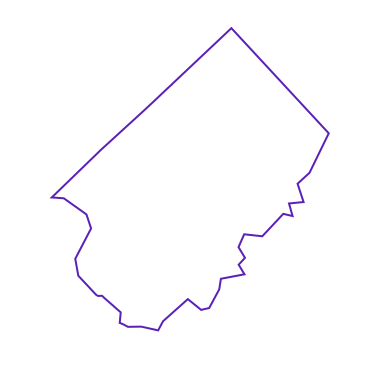 the district of Yadkin, North Carolina, United States of America, rotated 135°
{"feature_id": "52423323B7501124425209", "entity_name": "Yadkin", "entity_type": "district", "adm_level": 2, "iso_a3": "USA", "parent_name": "United States of America", "parent_adm1": "North Carolina", "projection": "natural_earth1", "projection_center": [-80.603, 36.167], "detail": "fine", "context": "isolated", "style": "outline", "palette": "violet", "viewbox_px": 384, "rotation_deg": 135, "n_neighbors": 0, "source": "geoboundaries", "source_scale": "gbopen_adm2", "svg_char_len": 784}
<svg xmlns="http://www.w3.org/2000/svg" viewBox="0 0 384 384"><g transform="rotate(135 192 192)"><path d="M48.3,280.0L130.1,282.4L130.5,282.3L130.9,282.3L131.3,282.4L131.9,282.4L133.1,282.5L143.6,282.8L151.9,283.0L168.9,283.6L222.1,286.0L226.1,286.2L295.0,287.3L287.1,278.2L282.5,250.8L289.1,237.6L321.8,227.3L331.6,213.2L332.5,187.1L332.3,186.2L331.9,185.0L331.6,184.6L329.0,182.2L328.9,178.4L327.5,157.3L335.7,150.5L335.4,150.0L334.7,148.3L334.5,148.0L332.6,141.9L323.1,132.7L313.8,118.1L303.8,121.1L270.7,119.2L268.9,102.2L261.9,97.8L241.6,103.9L232.9,110.2L213.1,96.7L210.4,107.6L201.1,108.0L198.1,120.1L185.0,125.2L173.6,111.0L142.9,112.0L137.9,103.9L131.5,115.3L120.2,106.0L111.5,123.2L95.3,122.5L53.8,136.8L48.3,280.0Z" fill="none" stroke="#5b21b6" stroke-width="2"/></g></svg>